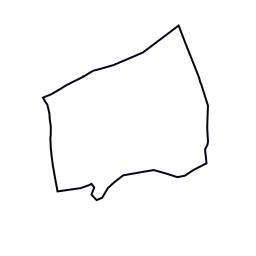 outline of Abu Karinka, Eastern Darfur, Sudan, rotated 63°
{"feature_id": "16777658B5227660159889", "entity_name": "Abu Karinka", "entity_type": "district", "adm_level": 2, "iso_a3": "SDN", "parent_name": "Sudan", "parent_adm1": "Eastern Darfur", "projection": "albers", "projection_center": [26.599, 11.574], "detail": "fine", "context": "isolated", "style": "outline", "palette": "ink", "viewbox_px": 256, "rotation_deg": 63, "n_neighbors": 0, "source": "geoboundaries", "source_scale": "gbopen_adm2", "svg_char_len": 1106}
<svg xmlns="http://www.w3.org/2000/svg" viewBox="0 0 256 256"><g transform="rotate(63 128 128)"><path d="M152.5,219.6L160.0,197.7L161.2,189.1L161.2,185.9L165.6,185.1L170.8,190.8L178.0,188.7L178.4,182.6L172.6,173.6L172.4,173.3L170.0,164.3L168.0,153.8L174.2,133.5L177.2,124.1L186.3,114.3L194.3,106.2L196.3,98.9L195.1,88.7L195.1,74.1L188.0,71.3L187.4,71.1L187.0,71.0L184.8,70.2L183.3,69.5L183.0,69.4L181.7,68.7L181.3,68.1L180.3,66.7L180.1,66.4L179.2,65.0L177.3,63.5L176.3,62.8L175.8,62.6L173.2,61.5L172.0,61.0L168.9,59.6L164.3,57.6L163.8,57.3L162.4,56.6L154.4,52.2L148.7,49.0L144.4,46.6L137.7,45.5L131.2,44.4L122.8,43.0L122.0,42.9L121.2,42.9L120.2,42.8L119.6,42.8L118.9,42.6L116.3,42.0L115.9,41.9L109.0,41.2L101.5,40.5L90.0,39.4L76.9,38.2L60.1,36.4L59.7,36.4L67.5,80.4L65.3,112.8L62.1,129.0L61.3,132.2L61.3,135.8L62.0,143.8L61.9,144.0L62.0,144.0L61.9,158.6L61.9,163.5L62.7,173.8L63.1,180.8L62.5,188.7L62.4,190.0L68.5,189.6L70.7,189.3L78.9,191.3L85.6,194.1L91.4,196.0L99.5,200.2L101.8,201.8L111.0,206.0L119.1,209.1L128.0,212.2L139.8,215.8L152.5,219.6Z" fill="none" stroke="#020617" stroke-width="2"/></g></svg>